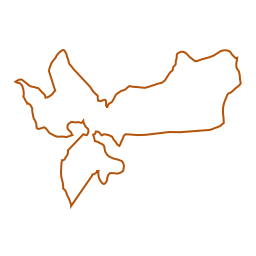 Monchy, Dauphin, Saint Lucia (Equal Earth projection)
{"feature_id": "8701671B61096532329378", "entity_name": "Monchy", "entity_type": "district", "adm_level": 2, "iso_a3": "LCA", "parent_name": "Saint Lucia", "parent_adm1": "Dauphin", "projection": "equal_earth", "projection_center": [-60.929, 14.054], "detail": "fine", "context": "isolated", "style": "outline", "palette": "amber", "viewbox_px": 256, "rotation_deg": 0, "n_neighbors": 0, "source": "geoboundaries", "source_scale": "gbopen_adm2", "svg_char_len": 5576}
<svg xmlns="http://www.w3.org/2000/svg" viewBox="0 0 256 256"><path d="M15.4,81.7L16.2,82.4L18.1,82.9L19.1,82.9L20.4,83.7L21.7,85.1L22.5,86.6L23.3,89.5L23.7,92.0L23.8,94.9L23.3,96.5L23.9,97.4L24.4,98.3L24.9,99.5L25.6,100.5L25.8,101.0L26.7,102.3L27.1,103.6L27.6,103.5L28.0,103.4L28.7,103.9L29.9,104.5L30.2,104.8L31.2,106.3L31.6,107.3L32.2,108.2L32.2,108.6L32.2,109.6L32.2,110.8L32.4,111.9L32.7,113.8L33.3,116.9L34.1,119.1L34.6,119.8L35.3,121.1L35.5,121.6L35.7,122.2L36.2,123.6L36.3,124.1L36.4,124.9L36.4,126.5L36.6,127.4L36.7,127.8L36.9,128.2L37.2,128.4L38.1,128.9L38.6,128.9L39.2,128.8L41.4,128.2L42.6,127.8L43.9,127.3L44.3,127.3L44.6,127.6L44.9,127.7L45.8,128.4L46.7,129.4L47.0,129.7L48.8,132.2L49.4,132.9L50.0,133.3L54.7,135.8L56.1,136.3L56.6,136.5L57.6,136.7L58.6,136.7L59.8,136.7L61.0,136.6L61.4,136.6L64.0,136.7L65.9,137.0L66.4,137.0L67.3,136.8L68.7,136.3L69.2,136.2L70.7,135.6L71.3,135.4L71.8,135.2L72.4,135.0L71.9,134.3L71.7,133.9L71.0,132.3L70.3,131.6L68.5,129.8L68.2,129.4L67.7,128.7L67.6,128.4L67.5,128.1L67.4,127.6L67.4,127.1L67.6,125.7L68.1,124.2L69.5,123.1L71.0,122.1L72.9,122.0L74.7,122.3L77.0,122.3L78.1,122.1L78.5,122.1L79.2,122.3L81.1,122.9L81.8,122.7L82.2,122.5L83.3,120.8L83.4,121.6L83.5,122.2L83.7,122.9L84.2,124.1L84.8,125.2L85.7,126.7L86.7,127.8L87.4,128.2L88.0,128.9L88.5,131.0L88.5,131.4L88.4,131.8L88.3,132.3L87.6,133.8L87.1,134.7L86.7,135.1L86.3,135.2L84.7,134.7L83.4,134.2L67.9,150.4L68.1,150.8L68.0,152.2L67.7,153.9L67.4,154.7L67.1,155.3L66.6,156.1L66.0,157.0L65.6,157.4L65.0,158.7L64.2,159.7L63.7,160.0L63.4,160.2L62.1,160.2L62.0,160.8L61.7,162.2L61.5,163.0L61.2,167.2L61.2,168.3L61.2,168.8L61.0,171.7L61.0,172.8L61.1,174.6L61.2,176.1L61.7,178.5L62.6,181.9L63.0,184.6L63.2,186.6L63.2,187.5L63.1,188.4L63.3,188.6L64.4,189.6L65.1,190.4L65.8,191.5L66.4,192.9L66.9,194.6L67.3,195.5L68.9,198.7L69.4,199.8L70.7,203.6L70.9,204.3L71.1,205.3L71.1,206.0L92.1,175.6L92.1,175.1L92.2,174.9L92.4,174.6L93.9,174.2L95.2,173.5L96.0,172.8L96.9,171.9L97.0,171.6L97.0,171.1L98.5,171.0L98.3,172.5L98.2,173.3L98.7,177.0L98.8,177.3L99.2,178.4L99.9,179.9L100.4,180.7L101.1,181.8L101.9,182.8L103.3,183.9L104.1,184.0L105.5,183.0L106.5,181.4L107.1,179.9L107.2,178.2L108.1,175.2L110.0,173.1L113.0,173.1L117.3,173.6L120.1,172.9L123.1,171.0L124.0,166.4L123.3,163.2L121.7,161.0L117.6,159.5L114.1,158.7L109.7,156.9L107.1,154.9L105.1,151.3L104.6,148.7L104.3,146.8L103.6,145.2L101.8,143.9L99.7,143.1L98.3,142.1L96.3,141.4L94.9,141.1L94.8,140.3L94.5,139.5L94.3,138.6L94.0,137.6L93.8,136.8L93.1,134.7L93.3,134.5L93.5,134.5L94.0,134.5L94.6,134.2L95.0,133.9L95.3,133.4L95.4,133.1L95.6,132.6L95.8,131.5L96.8,131.6L98.4,131.8L100.0,133.3L101.4,135.3L102.0,135.3L102.8,134.9L103.8,134.3L105.5,134.4L108.9,135.2L112.0,136.6L113.8,139.8L115.3,141.5L116.5,143.1L117.4,144.7L119.4,145.9L120.1,144.6L120.8,143.0L121.5,141.1L122.8,138.6L123.8,135.9L125.4,134.3L130.1,134.5L137.8,135.1L145.9,134.8L169.4,132.0L180.2,132.2L210.0,129.9L219.9,126.2L223.8,122.9L223.5,117.8L223.0,113.1L223.0,110.5L223.2,106.6L224.0,103.3L225.1,100.2L226.3,97.4L227.3,94.9L228.2,93.6L230.4,92.7L232.5,91.2L235.5,88.3L237.9,86.5L239.6,84.9L240.6,83.7L240.6,82.4L240.0,79.4L239.7,75.1L238.9,71.4L237.7,69.7L236.4,67.4L236.3,63.5L237.1,59.0L237.2,57.8L236.5,58.1L235.9,58.3L235.5,58.1L233.8,56.4L231.5,53.9L231.0,53.0L230.2,52.0L229.8,51.5L229.3,51.2L228.6,50.9L226.8,50.4L226.1,50.3L224.8,50.3L224.0,50.3L223.3,50.5L222.4,50.6L221.2,51.0L220.5,51.3L219.5,51.8L218.1,52.8L217.2,53.3L216.6,53.7L214.5,55.1L213.1,55.8L211.6,56.4L208.8,57.4L206.7,58.0L203.5,58.9L202.6,59.1L202.2,59.2L200.9,59.7L200.4,59.8L199.6,60.1L198.0,60.7L197.0,61.1L196.5,61.2L195.7,61.2L195.2,61.1L193.9,60.4L193.5,60.1L193.2,59.8L192.6,59.3L192.2,58.9L191.6,58.6L191.3,58.3L190.1,57.4L189.7,57.1L187.6,54.8L186.8,53.9L185.6,53.0L185.1,52.5L184.6,52.4L183.7,52.0L183.2,51.8L181.4,51.7L180.7,52.1L180.2,52.1L178.1,53.1L177.5,53.5L176.9,54.7L176.7,55.8L176.7,57.3L176.7,58.0L176.1,60.0L175.9,60.7L175.6,64.6L175.1,65.1L174.2,66.0L173.8,66.4L173.4,66.9L173.1,67.3L173.0,67.7L172.9,68.5L172.8,69.7L172.6,70.2L172.5,70.4L172.1,70.7L170.0,72.5L167.8,75.8L165.1,80.2L161.9,82.8L158.2,83.6L148.6,86.8L145.0,87.8L141.3,87.5L137.5,87.1L133.1,86.8L129.5,86.1L128.8,86.5L128.0,87.1L126.8,88.1L125.5,89.4L125.2,89.6L121.0,91.1L119.3,92.2L118.0,93.0L116.6,94.1L115.8,94.8L115.7,95.0L113.8,98.9L113.5,99.4L113.3,99.6L112.9,100.3L112.0,101.8L111.6,102.2L111.2,102.5L109.5,103.3L108.9,103.9L108.5,104.4L107.9,105.3L107.6,106.1L107.1,107.8L106.8,106.0L106.0,105.5L106.1,104.5L106.1,102.0L105.7,100.3L105.1,99.8L104.0,99.8L102.9,100.3L101.4,100.8L100.3,101.2L99.5,100.9L98.1,100.6L97.9,99.3L97.7,98.1L97.7,97.7L97.8,96.3L97.8,96.1L97.5,95.6L97.1,95.1L96.7,94.9L95.5,93.8L95.2,93.7L94.8,93.1L92.8,91.1L92.2,90.1L91.8,89.3L91.4,88.9L91.1,88.2L90.3,87.2L89.6,86.3L72.9,68.4L72.2,67.3L70.4,65.1L69.6,64.3L68.8,62.6L68.4,60.6L68.1,59.3L67.1,56.7L66.6,54.7L66.2,53.5L65.6,52.4L64.9,51.5L64.3,50.5L63.7,50.0L63.1,50.1L62.4,50.3L61.5,50.7L60.7,51.2L59.2,52.6L58.3,53.5L56.7,55.4L56.4,55.9L56.0,57.0L55.6,57.7L54.9,58.4L54.9,58.5L54.7,58.9L53.1,60.7L51.9,62.5L51.2,63.6L50.9,64.5L49.8,67.4L49.4,68.8L49.0,70.4L48.9,70.9L55.2,90.7L53.9,91.9L52.5,94.0L51.1,95.1L49.4,96.4L48.6,96.7L47.9,97.2L47.3,97.3L46.7,97.4L45.5,97.7L45.1,95.7L45.0,95.3L44.6,94.8L44.3,94.3L43.3,93.4L42.7,93.0L42.0,92.3L39.3,89.2L38.7,88.6L38.3,88.2L36.7,87.8L35.4,87.5L34.6,87.2L33.3,86.9L32.9,86.8L31.5,86.6L29.3,85.7L28.6,85.2L27.6,84.1L27.1,83.7L24.9,82.0L22.6,80.2L21.8,79.7L21.3,79.5L20.9,79.5L19.7,79.6L19.0,79.8L18.6,79.9L16.0,81.4L15.4,81.7Z" fill="none" stroke="#b45309" stroke-width="2"/></svg>